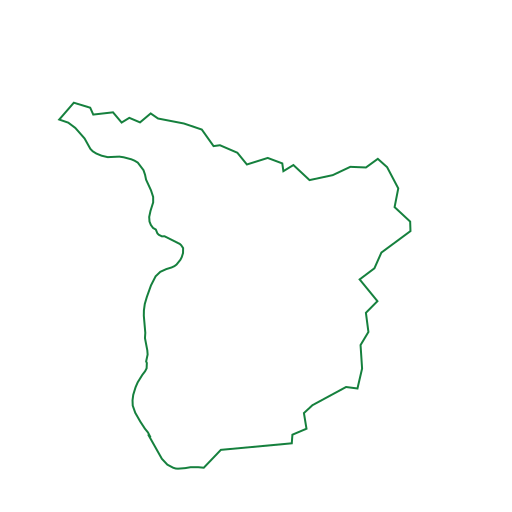 Lewis, Kentucky, United States of America, rotated 256°
{"feature_id": "52423323B16414182815509", "entity_name": "Lewis", "entity_type": "district", "adm_level": 2, "iso_a3": "USA", "parent_name": "United States of America", "parent_adm1": "Kentucky", "projection": "equal_earth", "projection_center": [-83.329, 38.513], "detail": "fine", "context": "isolated", "style": "outline", "palette": "green", "viewbox_px": 512, "rotation_deg": 256, "n_neighbors": 0, "source": "geoboundaries", "source_scale": "gbopen_adm2", "svg_char_len": 1626}
<svg xmlns="http://www.w3.org/2000/svg" viewBox="0 0 512 512"><g transform="rotate(256 256 256)"><path d="M182.8,362.9L208.2,350.9L215.4,367.9L229.0,378.5L242.8,411.9L252.1,413.9L269.9,402.3L287.2,410.4L310.5,404.7L320.8,397.7L315.3,384.1L319.7,369.1L315.9,350.0L316.7,326.3L335.2,314.3L331.7,303.1L339.5,303.9L348.3,291.1L347.0,269.3L360.7,262.9L372.2,247.8L372.9,241.4L391.8,234.0L402.0,218.1L413.1,194.2L419.8,188.3L413.7,175.8L420.7,166.5L418.0,157.9L430.0,152.0L432.6,132.3L440.0,131.0L448.8,116.3L436.0,98.1L430.8,106.1L423.9,111.7L411.5,118.1L400.0,121.2L397.1,122.9L394.1,125.8L390.7,130.4L387.8,136.0L385.5,147.4L383.8,151.5L380.0,158.4L377.9,161.2L375.2,163.9L366.5,167.6L361.6,168.0L356.7,167.8L345.1,170.0L338.2,170.5L332.9,169.2L325.4,164.6L319.7,161.8L315.2,161.0L311.5,161.5L308.1,162.9L305.9,165.2L301.8,165.8L300.1,166.8L297.9,169.4L297.8,169.5L297.3,172.0L286.1,185.0L284.6,186.0L281.3,187.2L276.5,185.9L272.9,183.7L270.6,181.7L266.9,176.8L265.9,174.4L265.3,171.3L265.0,165.8L263.8,159.3L260.6,153.7L252.9,147.0L242.7,140.2L236.4,136.5L230.4,134.1L225.2,132.7L208.2,130.0L203.2,128.4L190.7,127.7L186.6,127.0L180.3,123.9L178.6,124.2L173.5,122.7L171.0,120.5L168.3,117.1L162.1,110.7L157.8,107.4L151.0,103.3L145.9,101.3L140.7,100.2L133.1,100.9L123.2,103.7L115.4,106.4L110.9,108.5L107.1,109.4L107.4,108.6L82.0,115.6L75.0,119.5L70.6,124.4L69.2,126.7L68.5,128.9L67.3,136.0L66.9,141.5L65.0,149.0L63.2,154.1L76.4,175.0L65.6,245.4L73.8,248.1L76.2,263.2L92.0,264.5L97.6,274.7L107.1,311.7L102.9,322.4L121.1,331.7L144.3,335.9L155.1,346.7L174.3,348.9L182.8,362.9Z" fill="none" stroke="#15803d" stroke-width="2"/></g></svg>